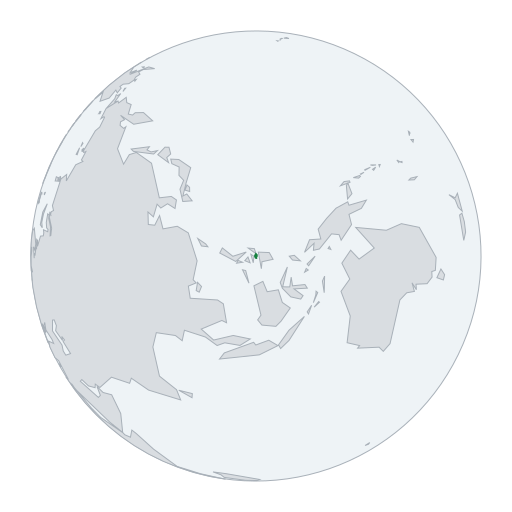 Bohol on an orthographic globe, rotated 296°
{"feature_id": "PHL-2513", "entity_name": "Bohol", "entity_type": "Province", "adm_level": 1, "iso_a3": "PHL", "parent_name": "Philippines", "parent_adm1": "", "projection": "orthographic", "projection_center": [124.255, 9.856], "detail": "fine", "context": "on_globe", "style": "filled", "palette": "green", "viewbox_px": 512, "rotation_deg": 296, "n_neighbors": 0, "source": "natural_earth", "source_scale": "10m", "svg_char_len": 9260}
<svg xmlns="http://www.w3.org/2000/svg" viewBox="0 0 512 512"><g transform="rotate(296 256 256)"><circle cx="256" cy="256" r="225" fill="#eef3f6" stroke="#a8b0b8"/><path d="M434.9,338.3L434.7,339.8L434.5,340.0L434.9,338.3ZM380.1,68.0L372.5,63.4L365.6,62.5L370.9,67.5L363.8,62.9L378.9,76.7L380.0,82.8L374.2,73.0L370.0,69.8L368.5,72.0L363.9,69.4L360.5,69.2L355.1,66.1L352.2,61.3L348.7,59.4L347.8,61.2L341.8,59.8L343.7,57.3L333.6,54.8L326.7,48.0L336.1,46.7L327.7,42.9L326.7,42.1L345.3,49.2L363.1,57.8L380.1,68.0ZM465.9,190.3L464.0,185.5L465.7,187.6L465.9,190.3ZM462.5,183.2L463.3,184.7L462.6,183.6L462.5,183.2ZM461.8,182.8L462.3,183.1L461.9,183.3L461.8,182.8ZM461.0,183.0L461.3,182.7L461.4,183.0L461.0,183.0ZM459.1,181.8L458.5,181.3L458.7,180.5L459.1,181.8ZM388.1,73.5L385.7,71.8L384.2,70.8L388.1,73.5ZM375.7,72.1L376.0,70.9L377.3,73.1L375.7,72.1ZM361.0,69.7L362.3,71.0L360.0,70.5L361.0,69.7ZM349.7,65.3L345.5,64.3L349.2,64.5L349.7,65.3ZM342.7,63.2L332.6,61.5L334.8,64.1L322.8,56.6L335.4,60.1L339.7,59.7L339.6,61.4L342.7,63.2ZM319.5,39.9L319.9,40.0L311.7,37.8L310.0,37.3L319.5,39.9ZM317.9,53.1L315.0,52.3L317.5,52.3L317.9,53.1ZM324.0,41.4L322.0,41.0L314.8,39.0L313.0,38.6L311.4,37.7L324.0,41.4ZM306.4,36.5L303.9,35.9L306.7,36.8L301.5,35.6L301.3,35.4L299.2,35.0L297.5,34.7L299.2,34.9L306.4,36.5ZM295.4,34.2L294.8,34.1L291.1,33.5L295.4,34.2ZM297.9,35.1L306.0,36.9L305.8,36.9L297.9,35.1ZM286.4,32.8L287.0,32.9L285.7,32.7L286.4,32.8ZM294.0,34.2L296.9,34.7L296.5,34.7L294.0,34.2ZM285.6,32.8L285.0,32.6L287.5,32.9L285.6,32.8ZM289.1,33.3L287.9,33.3L288.7,33.2L290.5,33.5L289.1,33.3ZM293.1,34.1L293.9,34.3L292.0,33.9L293.1,34.1ZM276.4,31.9L276.9,31.7L282.4,32.3L281.2,32.3L276.4,31.9ZM64.1,138.0L63.5,139.0L62.8,141.5L75.4,124.5L76.5,119.9L83.8,110.7L88.6,107.1L88.7,112.5L91.6,109.2L97.5,99.5L103.7,95.2L100.3,95.9L97.1,99.7L94.9,100.6L97.7,97.3L99.8,95.7L101.5,93.2L91.2,102.6L86.9,107.5L87.1,106.9L100.2,93.3L114.4,80.8L129.6,69.5L130.7,68.8L137.6,64.4L135.3,66.1L142.7,61.6L143.9,62.0L148.6,58.2L156.9,54.1L162.3,52.2L165.9,50.4L157.0,53.7L152.8,55.8L147.7,58.5L143.7,60.7L157.7,53.3L172.2,46.9L180.9,44.2L183.8,44.6L170.2,52.8L164.6,54.4L166.7,52.0L156.8,57.6L161.4,55.4L159.5,57.2L166.9,54.6L165.9,55.8L174.8,51.6L174.3,52.8L168.8,55.4L179.4,53.6L180.9,56.0L183.8,55.1L186.4,53.5L186.5,58.2L188.7,57.4L189.5,55.5L194.2,52.8L202.6,50.3L202.2,52.0L199.1,53.1L192.0,58.6L183.8,62.1L184.4,62.6L191.5,60.1L200.2,53.3L205.4,51.3L202.0,54.3L203.6,53.0L206.1,52.6L208.1,54.1L212.1,50.9L239.7,46.9L246.3,50.1L240.3,52.6L259.0,54.0L265.1,59.0L265.8,57.0L275.3,57.3L273.5,55.7L274.5,54.8L298.1,56.7L303.3,59.0L314.2,59.1L314.6,58.3L311.4,56.4L322.8,56.6L334.8,64.1L333.3,65.4L341.7,69.8L337.2,72.6L337.4,77.4L327.6,79.0L328.6,83.3L331.8,84.6L335.6,92.0L332.2,103.9L320.8,88.3L323.1,72.6L320.9,78.1L317.2,75.4L313.8,76.6L312.7,81.1L315.1,82.4L291.7,84.5L280.5,96.7L291.6,97.7L296.6,103.1L293.6,121.4L265.9,143.6L272.4,153.8L271.5,159.9L263.2,162.4L264.2,153.6L257.4,149.4L259.2,144.4L246.2,146.6L248.2,139.6L237.1,145.4L239.3,151.5L250.1,151.6L239.6,160.5L248.2,172.2L247.1,185.0L225.8,205.2L207.1,209.9L205.6,214.0L199.3,208.4L189.2,215.4L199.6,240.7L198.7,247.6L183.1,258.8L183.1,253.6L166.3,238.8L161.9,254.8L174.6,270.4L178.9,287.2L168.6,280.8L164.3,266.0L158.5,260.3L161.0,246.1L157.9,224.2L147.5,226.8L149.2,218.4L143.4,200.0L129.0,203.2L105.7,221.9L101.0,243.2L93.6,251.4L88.4,218.3L91.5,197.5L86.2,198.2L83.7,179.2L69.4,173.3L70.4,167.7L67.1,169.1L65.8,162.4L68.6,153.6L66.4,153.0L59.8,176.3L62.5,177.2L69.0,170.3L66.3,178.4L68.0,187.1L55.1,203.5L39.0,213.5L42.6,197.3L57.2,151.8L59.7,147.6L59.9,147.1L60.4,146.2L56.4,152.8L60.7,144.5L47.3,174.5L42.8,187.2L38.7,214.3L37.8,216.4L38.1,222.6L45.1,220.7L44.0,226.0L37.5,248.6L32.3,277.4L36.0,301.6L40.7,321.3L42.0,326.5L37.5,310.8L34.1,294.8L31.9,278.7L30.8,262.4L30.9,246.1L32.2,229.8L34.7,213.7L38.4,197.8L43.2,182.2L49.1,166.9L56.1,152.2L64.1,138.0ZM83.5,128.5L87.0,132.1L94.6,120.1L96.6,120.7L98.5,116.7L95.2,119.2L101.0,108.7L105.9,107.1L110.1,102.6L109.2,101.2L99.4,106.0L90.9,120.7L86.1,124.4L83.5,128.5ZM264.0,30.9L258.5,30.9L249.6,30.9L251.5,31.0L247.2,31.4L239.7,31.8L243.6,31.3L232.5,32.4L233.6,32.0L232.2,32.1L230.1,32.2L227.4,32.5L245.7,31.0L264.0,30.9ZM280.1,32.0L276.4,31.7L275.8,31.7L272.4,31.4L274.6,31.9L263.8,31.2L259.1,31.0L270.5,31.2L280.1,32.0ZM206.9,37.3L209.9,36.5L210.9,36.4L219.0,34.9L218.8,35.4L213.9,36.5L206.9,37.3ZM73.0,126.7L70.5,129.3L71.8,127.3L72.4,126.7L73.0,126.7ZM208.1,37.6L211.4,36.9L209.3,37.7L208.1,37.6ZM219.1,35.8L217.4,36.6L219.7,35.3L219.1,35.8ZM133.5,437.1L138.2,440.0L136.1,439.6L133.5,437.1ZM47.3,324.7L56.8,357.4L54.8,355.7L49.8,344.9L43.1,324.5L44.0,320.6L43.1,312.0L47.3,324.7ZM235.5,330.7L242.5,332.3L242.3,333.3L235.5,330.7ZM228.2,326.5L236.1,327.6L226.9,328.6L228.2,326.5ZM239.2,328.0L247.3,326.8L250.7,325.4L250.2,327.5L239.2,328.0ZM222.9,326.0L194.6,322.7L183.6,318.7L186.0,315.2L203.8,318.2L222.9,326.0ZM185.1,315.0L168.6,302.3L147.4,268.4L155.0,270.0L177.4,291.7L175.9,294.8L185.9,304.4L185.1,315.0ZM225.8,300.0L224.3,309.6L208.5,307.1L201.5,304.7L196.5,291.6L199.3,285.5L205.0,286.4L228.3,267.2L236.2,273.3L228.8,281.7L235.4,290.9L225.8,300.0ZM101.5,245.4L104.4,259.1L100.6,260.6L101.5,245.4ZM238.4,253.1L228.5,261.6L237.7,249.9L238.4,253.1ZM244.2,241.9L244.5,246.7L241.0,241.7L244.2,241.9ZM204.7,220.4L198.6,220.8L198.7,217.4L206.7,215.0L204.7,220.4ZM246.2,196.0L244.8,205.5L243.2,208.7L241.1,202.6L246.2,196.0ZM211.5,45.5L200.4,46.6L192.4,48.7L187.7,51.5L189.6,48.4L202.0,45.1L211.5,45.5ZM236.2,46.3L240.3,44.5L241.7,45.5L241.0,46.0L236.2,46.3ZM236.4,45.0L235.4,42.6L239.7,41.8L239.7,43.8L236.4,45.0ZM221.2,38.8L218.0,39.0L219.8,38.2L221.2,38.8ZM382.1,421.0L384.7,422.3L378.3,428.1L369.4,433.9L361.1,435.9L382.1,421.0ZM316.6,434.9L315.8,428.1L325.4,427.9L321.9,433.7L316.6,434.9ZM388.3,416.5L394.0,410.3L395.7,402.5L395.6,409.5L400.7,409.5L386.7,421.7L388.3,416.5ZM279.6,404.6L236.0,414.9L226.1,412.2L228.0,406.6L217.7,387.7L220.9,388.4L218.0,375.9L243.4,367.0L261.5,347.9L276.4,350.4L287.2,336.3L302.7,338.5L298.4,350.0L315.0,358.8L325.4,333.1L336.3,361.9L348.8,372.5L353.3,390.2L333.7,418.5L321.7,423.5L319.1,420.8L314.2,423.5L306.1,421.9L300.8,412.2L296.0,414.9L300.3,408.0L293.6,413.9L289.0,407.6L279.6,404.6ZM391.3,360.1L393.8,360.9L397.9,365.9L393.9,364.9L391.3,360.1ZM428.6,344.2L429.8,346.5L427.2,347.2L428.6,344.2ZM434.5,340.0L431.4,341.1L434.9,338.3L434.5,340.0ZM403.7,343.9L405.0,345.7L404.0,346.3L403.7,343.9ZM402.6,343.3L404.0,340.5L403.9,343.3L402.6,343.3ZM390.5,327.7L392.0,326.3L392.7,327.5L390.5,327.7ZM252.9,333.4L262.6,326.7L268.0,326.5L252.9,333.4ZM388.3,324.6L384.6,324.2L385.0,322.7L388.3,324.6ZM388.5,321.0L388.0,318.9L390.5,324.0L388.5,321.0ZM381.3,315.9L385.9,319.9L380.8,316.4L381.3,315.9ZM378.6,316.4L375.3,314.5L375.5,313.9L378.6,316.4ZM342.4,317.3L354.6,330.7L345.0,329.8L334.2,321.3L326.1,328.1L307.5,325.6L311.6,321.3L309.0,314.2L290.1,309.9L286.3,305.1L292.9,302.6L280.6,298.0L294.1,297.0L299.7,306.8L307.4,300.1L320.8,303.0L334.1,307.0L344.9,314.7L342.4,317.3ZM294.3,317.5L296.7,317.7L294.7,320.4L294.3,317.5ZM369.1,309.1L373.8,313.9L373.3,315.0L371.0,314.1L369.1,309.1ZM347.4,313.3L359.0,306.3L361.8,306.6L354.1,314.9L347.4,313.3ZM356.1,301.1L361.5,302.5L364.5,307.1L363.4,308.2L356.1,301.1ZM266.8,306.6L266.3,309.1L262.8,306.8L266.8,306.6ZM271.2,305.4L281.8,309.2L270.3,307.6L271.2,305.4ZM240.0,293.5L243.0,299.9L252.4,296.9L245.2,301.9L251.8,312.5L249.6,316.2L243.1,304.6L241.0,315.7L236.9,315.1L234.5,305.2L238.6,293.8L242.8,289.4L259.9,289.0L240.0,293.5ZM271.1,298.0L268.4,290.6L270.4,286.0L273.4,290.1L271.1,298.0ZM260.5,272.8L253.5,263.9L246.9,266.4L260.5,256.4L264.9,266.4L260.5,272.8ZM254.9,254.3L248.7,256.5L255.3,250.6L254.9,254.3ZM247.3,253.7L246.9,248.0L251.6,249.2L247.3,253.7ZM258.1,254.9L259.7,245.5L261.9,251.3L258.1,254.9ZM245.6,235.3L255.3,245.5L242.2,240.2L242.8,222.1L248.5,222.2L245.6,235.3ZM284.9,168.1L284.1,163.3L289.6,162.8L288.6,166.2L284.9,168.1ZM306.8,158.6L290.8,161.2L277.9,164.0L281.4,166.6L277.6,174.4L272.9,166.3L282.7,158.4L292.3,157.8L294.7,151.4L302.3,147.9L302.1,139.9L305.7,136.9L308.9,144.3L306.8,158.6ZM301.6,136.5L304.0,123.3L313.9,126.5L315.6,130.1L310.3,134.6L305.4,132.6L301.6,136.5ZM307.5,121.2L302.8,119.3L296.3,100.0L297.4,96.9L307.5,112.3L303.6,111.5L303.5,116.0L307.5,121.2ZM315.4,53.3L315.0,52.4L317.1,53.5L315.4,53.3ZM273.3,54.0L275.2,53.0L277.6,54.0L273.3,54.0ZM281.4,51.1L277.5,50.6L281.9,50.4L281.4,51.1ZM268.5,49.8L276.0,50.0L268.6,50.9L268.5,49.8Z" fill="#d9dde1" stroke="#a8b0b8" stroke-width="1"/><path d="M257.2,255.9L257.1,256.0L257.4,256.2L257.3,256.4L257.3,256.5L257.2,256.5L257.0,256.4L256.9,256.3L256.8,256.5L256.7,256.5L256.6,256.8L256.3,256.9L256.2,257.0L255.9,257.0L255.3,257.0L254.8,256.9L254.6,256.9L254.5,256.7L254.4,256.5L254.2,256.4L254.3,256.2L254.5,255.9L254.7,255.7L254.9,255.6L255.1,255.6L255.3,255.4L255.3,255.2L255.5,255.2L255.6,254.9L255.9,254.8L256.0,254.8L256.3,254.8L256.4,255.0L256.5,254.9L256.6,255.0L256.9,255.2L257.0,255.2L257.2,255.3L257.3,255.3L257.3,255.5L257.2,255.5L257.2,255.8L257.3,255.8L257.2,255.9ZM254.4,256.8L254.5,256.9L254.5,257.0L254.4,257.0L254.2,257.2L254.1,256.9L254.3,256.8L254.4,256.8ZM257.4,254.9L257.3,255.0L257.2,255.1L257.1,254.9L257.3,254.9L257.4,254.9Z" fill="#22c55e" stroke="#15803d" stroke-width="1.5"/></g></svg>